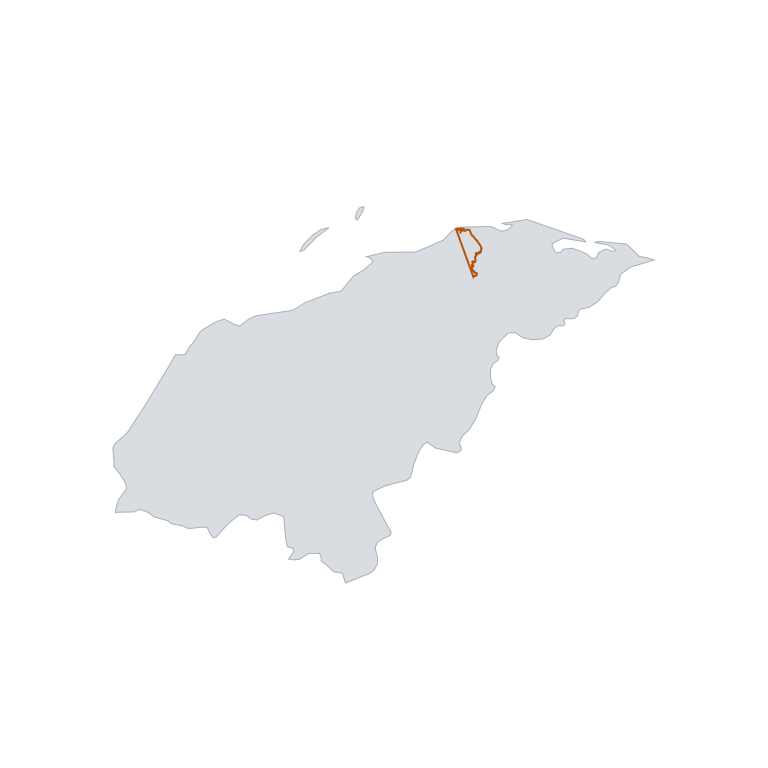 Juan Francisco Bulnes, Gracias a Dios, Honduras (highlighted), rotated 340°
{"feature_id": "27666195B12686081930969", "entity_name": "Juan Francisco Bulnes", "entity_type": "district", "adm_level": 2, "iso_a3": "HND", "parent_name": "Honduras", "parent_adm1": "Gracias a Dios", "projection": "orthographic", "projection_center": [-84.929, 15.724], "detail": "fine", "context": "in_parent", "style": "outline", "palette": "amber", "viewbox_px": 768, "rotation_deg": 340, "n_neighbors": 0, "source": "geoboundaries", "source_scale": "gbopen_adm2", "svg_char_len": 6586}
<svg xmlns="http://www.w3.org/2000/svg" viewBox="0 0 768 768"><g transform="rotate(340 384 384)"><path d="M680.3,359.8L655.7,358.5L644.2,361.6L639.1,368.5L634.8,371.6L631.1,370.9L623.8,373.7L612.7,379.8L602.7,382.2L593.8,380.7L591.2,382.2L590.5,384.3L589.1,386.2L585.7,387.3L581.7,386.7L577.2,384.6L574.9,385.5L574.6,389.5L572.2,390.6L567.6,388.7L562.5,390.2L556.8,394.9L548.7,396.0L538.4,393.2L530.4,388.1L524.7,380.5L517.9,378.6L506.0,384.2L501.0,390.8L499.9,394.9L501.1,398.5L498.9,401.0L493.3,402.2L489.1,406.7L486.2,414.4L485.6,420.4L487.4,424.6L484.6,427.7L477.3,429.7L468.8,436.4L458.8,447.7L449.0,455.6L439.2,460.1L434.4,465.1L434.8,470.6L434.2,472.3L432.3,473.0L429.1,473.7L410.3,461.7L404.9,453.3L400.2,454.5L394.2,458.7L385.8,468.1L376.8,480.8L372.5,482.2L350.1,480.1L338.3,481.1L335.8,482.8L334.7,487.5L335.3,493.8L338.4,516.3L340.1,525.6L338.3,528.4L332.3,528.8L324.5,530.0L320.1,534.2L319.1,538.6L318.6,544.7L316.1,551.0L311.2,555.4L306.4,557.0L279.7,557.9L280.2,547.5L272.5,543.2L268.2,534.5L264.5,528.6L265.8,525.1L265.4,520.9L254.6,517.5L244.4,519.9L238.6,518.2L234.3,515.9L241.7,510.9L242.3,507.8L239.9,505.5L237.5,503.9L238.3,498.1L239.9,491.3L244.2,475.2L242.7,472.4L236.0,467.5L227.4,466.9L217.9,468.3L213.4,465.7L209.5,460.2L202.7,457.4L190.7,461.6L177.9,468.1L174.0,470.4L170.8,470.0L169.5,465.1L168.9,459.2L168.1,457.7L161.4,455.5L153.6,453.8L149.6,452.1L145.8,448.1L136.5,442.7L134.4,438.8L122.0,429.8L119.5,425.4L116.7,422.2L110.7,418.0L106.0,418.9L90.1,413.5L87.7,413.0L90.0,408.6L95.1,401.9L106.2,394.5L107.3,388.4L104.6,376.5L101.9,368.9L103.5,365.5L107.2,351.8L109.9,348.6L125.8,342.0L127.3,341.1L139.9,331.6L154.0,321.0L168.5,309.3L184.8,296.3L193.7,288.7L197.9,285.3L207.1,288.3L214.4,282.1L218.6,280.0L228.6,272.6L231.6,271.0L248.1,268.1L256.0,268.3L262.9,276.0L268.3,280.3L278.8,276.8L287.5,276.1L323.4,283.6L337.7,280.6L363.9,280.1L375.7,282.0L392.4,272.0L403.1,270.1L415.7,265.4L414.0,260.6L411.0,258.4L430.2,260.6L458.7,270.9L489.1,269.1L500.0,263.6L507.1,262.0L538.2,272.5L546.4,280.6L552.8,281.3L557.8,279.5L559.1,277.8L553.0,276.1L550.2,273.6L574.8,278.4L621.1,316.3L622.1,319.4L602.3,308.3L591.9,309.2L589.2,311.0L589.8,317.2L590.7,320.0L595.2,320.3L598.5,318.7L606.7,320.6L612.1,324.7L618.7,330.9L622.7,337.7L626.9,337.8L631.1,333.7L638.9,333.1L644.1,337.7L647.7,337.4L642.6,330.3L630.6,323.3L633.5,323.0L659.9,335.5L667.5,351.4L673.8,355.0L680.3,359.8ZM370.1,223.2L354.8,230.8L350.1,230.6L357.1,224.7L368.4,219.6L377.9,217.2L385.7,218.3L370.1,223.2ZM422.1,215.3L414.9,220.9L413.6,218.4L417.1,213.1L421.5,210.1L425.7,210.4L424.7,212.7L422.1,215.3Z" fill="#d9dde1" stroke="#a8b0b8" stroke-width="1"/><path d="M517.0,268.3L516.7,268.2L516.4,268.1L516.1,268.0L515.7,267.8L515.1,267.5L514.8,267.4L514.5,267.4L514.2,267.4L513.9,267.5L513.7,267.5L513.4,267.7L513.0,267.7L512.7,267.7L512.4,267.8L512.2,267.7L511.9,267.5L511.7,267.4L511.7,267.2L511.8,266.8L511.8,266.4L512.0,266.3L512.1,266.0L512.2,265.8L512.1,265.7L511.9,265.6L511.7,265.7L511.6,265.8L511.3,265.7L511.2,265.7L510.9,265.7L510.6,265.7L510.3,265.6L510.2,265.5L509.9,265.4L509.8,265.5L509.9,265.9L509.9,266.1L509.9,266.3L510.0,266.5L509.9,266.5L509.8,266.4L509.7,266.3L509.6,266.2L509.4,266.1L509.2,266.4L508.9,266.5L508.7,266.7L508.6,266.9L508.6,267.1L508.4,267.2L508.1,267.2L508.1,267.4L507.9,267.5L507.7,267.6L507.7,267.4L507.8,267.3L507.9,267.2L508.0,267.1L508.1,266.9L508.3,266.7L508.5,266.4L508.7,266.2L508.9,265.9L509.1,265.6L509.3,265.3L509.2,265.2L509.0,264.8L508.8,264.6L508.5,264.5L508.2,264.4L507.9,264.3L507.6,264.3L507.3,264.2L507.0,264.2L506.8,264.2L506.6,264.3L506.7,264.5L506.7,264.8L506.5,265.0L506.3,265.0L506.3,264.9L506.5,264.6L506.5,264.4L506.5,264.2L507.1,264.1L507.4,264.0L507.8,264.1L508.3,264.2L508.7,264.4L509.0,264.6L509.2,264.8L509.5,264.9L509.8,264.9L510.3,265.2L510.7,265.3L511.1,265.4L511.5,265.5L511.7,265.4L511.5,265.1L511.3,264.9L511.0,264.7L510.7,264.6L510.3,264.6L509.7,264.5L509.4,264.3L508.9,264.2L508.6,264.1L508.3,264.1L507.5,263.9L507.0,263.8L506.3,263.5L505.6,263.1L504.7,262.8L504.6,313.9L504.8,313.7L505.0,313.3L505.3,313.2L505.4,313.3L505.6,313.3L505.8,313.3L506.1,313.5L506.3,313.5L506.5,313.6L506.9,313.7L507.0,313.5L507.0,313.4L507.3,313.4L507.5,313.4L507.8,313.3L508.0,313.3L508.3,313.1L508.5,312.9L508.6,312.5L508.7,312.4L508.8,312.2L508.9,311.9L508.9,311.7L509.0,311.6L508.9,311.4L508.7,311.2L508.3,311.1L507.9,310.9L507.7,310.7L507.6,310.4L507.4,310.4L507.2,310.3L507.1,310.2L507.0,309.8L507.1,309.7L507.3,309.6L507.2,309.4L507.1,309.1L506.9,308.6L506.7,308.5L506.5,308.3L506.5,307.9L506.4,307.8L506.3,307.5L506.2,307.3L506.2,307.1L506.2,306.8L506.1,306.7L506.0,306.3L506.0,306.2L505.9,305.9L506.0,305.6L506.0,305.4L506.1,305.0L506.2,304.8L506.3,304.6L506.3,304.4L506.5,304.3L506.7,304.2L506.8,304.2L506.9,304.3L507.0,304.3L507.3,304.4L507.5,304.3L507.5,304.2L507.8,304.2L508.0,304.1L508.2,303.9L508.3,303.7L508.3,303.3L508.4,303.2L508.3,302.9L508.0,302.7L507.9,302.7L507.3,302.7L507.2,302.6L507.0,302.4L507.1,302.2L507.3,302.1L507.5,302.1L507.9,301.9L508.0,301.7L508.3,301.6L508.6,301.4L508.8,301.2L509.0,300.8L509.0,300.6L509.1,300.4L509.0,300.2L508.9,300.1L508.9,299.9L508.8,299.5L509.1,299.5L509.2,299.4L509.3,299.3L509.3,299.2L509.5,299.1L509.7,299.3L509.8,299.4L509.8,299.7L509.9,299.8L510.0,299.9L510.2,300.0L510.3,300.1L510.5,300.3L510.8,300.5L511.0,300.6L511.4,300.4L511.8,299.9L511.9,299.7L512.1,299.6L512.2,299.3L512.2,298.4L512.3,298.3L512.4,298.2L512.5,298.1L512.7,297.9L512.7,297.4L512.7,297.1L512.7,296.6L512.8,296.5L512.8,296.4L512.8,296.2L513.0,295.9L513.2,295.7L513.3,295.7L513.7,295.4L513.8,295.2L514.0,295.1L514.4,295.0L514.5,294.9L514.8,294.8L514.8,294.6L514.9,294.3L514.9,294.2L514.7,293.8L514.7,293.4L514.8,293.4L515.0,293.0L515.0,292.9L515.2,292.6L515.3,292.5L515.5,292.5L515.8,292.5L516.0,292.8L516.1,293.0L516.3,293.3L516.4,293.5L516.5,293.6L516.8,293.7L517.0,293.4L517.2,293.5L517.6,293.5L518.0,293.2L518.2,292.9L518.3,292.9L518.4,292.7L518.7,292.7L518.8,292.7L518.8,292.8L518.8,293.0L518.9,293.3L519.0,293.2L519.4,293.2L519.6,293.2L519.6,293.3L519.8,293.3L520.0,293.3L520.1,293.2L520.2,292.9L520.3,292.7L520.5,292.3L520.5,292.1L520.6,291.9L520.7,291.7L520.8,291.6L521.1,291.4L521.3,291.1L521.2,291.0L521.1,290.9L521.3,290.7L521.5,290.5L521.8,290.4L522.0,290.2L522.1,289.8L522.1,289.7L522.0,289.3L521.9,288.2L522.0,287.1L521.7,286.2L521.3,284.7L521.0,283.5L520.8,282.7L520.5,281.4L520.2,280.5L519.6,279.8L519.1,277.9L518.7,277.2L518.7,276.4L518.2,275.4L517.6,274.6L517.4,273.6L517.2,272.8L517.1,272.2L517.2,270.1L517.1,269.2L517.0,268.6L517.0,268.3Z" fill="none" stroke="#b45309" stroke-width="2"/></g></svg>